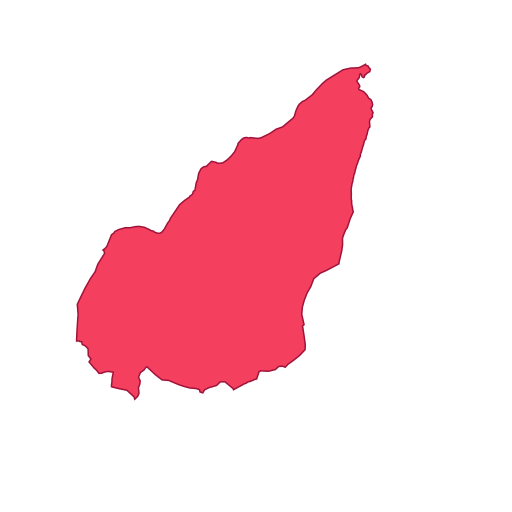 Mali, Mali, Guinea (Albers equal-area conic projection), rotated 327°
{"feature_id": "49546643B49159513129654", "entity_name": "Mali", "entity_type": "district", "adm_level": 2, "iso_a3": "GIN", "parent_name": "Guinea", "parent_adm1": "Mali", "projection": "albers", "projection_center": [-12.025, 12.05], "detail": "fine", "context": "isolated", "style": "filled", "palette": "rose", "viewbox_px": 512, "rotation_deg": 327, "n_neighbors": 0, "source": "geoboundaries", "source_scale": "gbopen_adm2", "svg_char_len": 4039}
<svg xmlns="http://www.w3.org/2000/svg" viewBox="0 0 512 512"><g transform="rotate(327 256 256)"><path d="M76.3,310.1L80.3,309.3L83.1,307.4L85.8,302.3L88.6,300.3L90.8,297.8L91.5,293.6L95.6,290.8L99.9,290.6L103.1,289.4L104.2,289.6L106.9,300.5L109.7,308.7L115.1,312.9L120.9,321.5L124.6,326.2L128.6,330.6L133.4,334.4L135.8,337.3L135.0,339.5L136.8,341.8L140.1,340.2L142.9,340.6L145.5,340.9L147.9,341.8L152.5,343.1L157.6,342.1L161.5,344.7L164.6,354.8L164.3,355.9L167.4,356.1L174.8,356.7L175.6,356.7L176.5,356.8L177.5,357.1L178.3,357.3L179.2,357.3L180.0,357.2L180.8,357.3L181.9,357.6L182.7,358.1L183.6,358.0L184.4,358.3L185.3,358.5L186.2,358.7L186.7,358.6L187.4,358.8L189.0,359.2L189.5,359.5L195.7,354.6L197.9,355.2L202.5,358.6L204.3,359.7L210.5,361.8L214.8,361.0L218.3,362.9L219.9,365.2L223.8,364.2L229.6,364.0L238.2,363.2L246.1,361.3L249.1,357.1L253.3,348.1L257.0,339.9L258.9,339.8L262.6,329.8L267.1,324.1L272.1,319.6L278.6,314.9L285.1,311.6L292.1,306.5L300.6,305.4L307.4,306.5L314.4,307.1L321.4,307.7L321.9,306.8L330.7,298.4L334.9,293.5L338.3,288.1L341.8,285.4L345.4,282.9L347.8,282.1L355.5,275.9L361.6,272.0L362.0,270.7L362.6,269.5L363.1,268.1L363.6,267.0L364.1,265.6L364.8,264.2L365.5,262.9L366.2,262.0L366.8,260.4L367.6,258.9L368.4,257.8L369.1,256.9L369.8,255.8L370.8,254.2L371.5,252.8L372.8,251.1L374.1,249.7L375.2,248.5L376.2,247.4L377.7,246.3L378.9,244.7L379.9,243.9L381.0,242.7L382.0,241.5L383.0,240.9L384.0,240.2L385.0,239.1L385.9,238.1L386.6,237.7L387.2,237.2L387.8,236.5L389.0,235.4L389.7,234.9L390.6,234.2L391.2,233.9L392.0,233.2L392.6,232.6L393.2,232.3L393.6,231.8L394.5,231.3L395.1,230.6L395.6,230.7L396.3,230.1L396.9,229.6L397.5,229.4L397.9,229.1L398.4,228.4L399.2,227.2L400.5,226.5L401.0,226.2L402.0,225.1L402.9,224.4L403.4,224.0L404.6,222.8L405.5,222.2L406.8,221.1L407.3,220.8L407.7,220.3L409.2,218.9L410.1,218.3L411.0,217.9L411.9,217.8L412.8,216.7L413.4,216.0L414.3,215.2L415.2,214.7L415.9,213.9L416.4,213.4L417.1,212.7L417.7,212.2L418.1,211.8L418.4,211.5L419.4,210.9L419.9,210.5L420.8,209.9L421.8,209.8L422.2,209.1L424.3,205.2L425.9,203.6L429.5,202.7L430.7,200.6L432.3,199.5L432.6,196.0L433.1,194.5L434.9,193.9L436.2,192.6L437.2,190.1L437.5,187.2L436.4,185.2L436.5,183.9L436.7,181.6L435.8,176.8L433.0,172.4L433.4,171.2L435.3,170.5L435.8,168.9L435.8,166.8L435.8,164.6L436.5,163.7L437.9,163.3L439.6,162.7L442.2,160.0L442.8,160.0L443.1,161.1L442.6,163.4L443.1,164.8L444.3,164.9L445.9,163.3L446.7,163.7L448.5,163.1L449.7,163.2L451.9,163.3L453.7,161.6L453.3,160.1L453.5,158.0L451.9,155.5L452.2,154.9L446.4,154.4L444.2,153.8L437.6,149.9L430.4,147.2L425.4,147.1L410.9,146.8L405.8,147.5L397.3,149.5L392.2,151.0L392.2,151.3L391.3,151.4L381.7,152.2L379.2,151.7L375.0,152.3L372.8,153.2L368.4,156.1L364.3,159.7L361.8,160.6L359.0,160.9L348.5,162.2L341.9,160.6L334.3,160.8L324.6,159.6L321.6,158.4L315.6,153.5L314.4,153.3L312.5,151.3L310.0,150.3L307.4,150.4L302.2,151.8L301.6,152.7L294.9,156.9L294.4,157.1L289.8,158.6L284.1,159.7L279.2,159.8L277.0,159.0L273.9,156.9L273.7,155.9L270.3,152.4L263.9,153.6L263.2,154.0L261.5,152.9L259.7,152.7L257.5,152.9L253.0,155.4L248.5,160.2L245.8,162.0L240.5,167.7L238.7,167.6L236.9,169.2L236.1,169.5L235.3,169.8L233.4,169.7L232.4,170.3L226.6,170.5L220.0,171.3L204.5,177.9L202.9,179.1L200.8,179.9L199.7,180.3L194.0,183.4L190.5,184.6L187.9,184.6L186.0,183.4L183.8,180.6L183.7,179.5L181.6,177.3L181.3,176.3L177.9,171.0L175.1,168.4L174.1,167.5L171.3,165.9L165.8,163.7L161.8,161.1L155.1,159.0L150.9,158.6L149.0,159.4L146.5,159.5L146.4,159.5L143.3,161.7L136.2,166.7L133.0,167.6L131.2,167.5L130.9,167.8L131.4,168.4L130.5,171.3L118.9,176.7L112.5,181.6L105.0,184.7L95.1,189.9L87.9,194.2L79.8,199.2L75.0,208.1L69.9,214.8L65.4,220.9L62.3,225.2L59.3,229.4L59.2,229.6L61.2,230.7L61.7,231.9L63.1,232.9L62.1,235.6L63.9,238.4L64.6,242.4L61.1,248.2L61.5,252.5L58.3,253.9L58.7,257.2L59.3,262.3L60.0,264.7L60.4,268.9L62.5,270.2L66.4,271.0L69.6,272.6L73.0,275.8L68.5,280.4L66.4,283.4L64.7,285.3L63.6,286.9L64.0,287.5L69.4,293.2L74.6,298.3L77.0,307.7L76.3,310.1Z" fill="#f43f5e" stroke="#9f1239" stroke-width="1.5"/></g></svg>